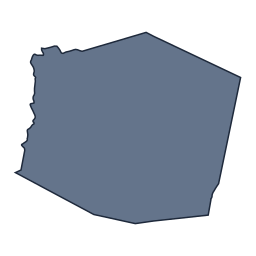 San Isidro, Choluteca, Honduras
{"feature_id": "27666195B38345308058924", "entity_name": "San Isidro", "entity_type": "district", "adm_level": 2, "iso_a3": "HND", "parent_name": "Honduras", "parent_adm1": "Choluteca", "projection": "orthographic", "projection_center": [-87.295, 13.646], "detail": "fine", "context": "isolated", "style": "filled", "palette": "slate", "viewbox_px": 256, "rotation_deg": 0, "n_neighbors": 0, "source": "geoboundaries", "source_scale": "gbopen_adm2", "svg_char_len": 4458}
<svg xmlns="http://www.w3.org/2000/svg" viewBox="0 0 256 256"><path d="M208.2,215.1L210.9,199.9L210.8,199.6L210.8,199.4L210.8,199.1L210.9,198.8L211.0,198.8L211.0,198.6L211.2,198.4L211.4,198.2L211.5,198.0L211.5,197.9L211.7,197.6L211.8,197.4L211.8,197.2L211.9,196.9L212.0,196.7L212.0,196.1L212.1,195.3L212.1,195.2L212.1,194.9L212.3,194.4L212.4,193.9L212.6,193.5L212.7,193.2L212.8,192.9L213.0,192.5L213.2,192.1L213.5,191.7L214.1,190.7L214.3,190.4L215.0,189.2L215.5,188.3L215.9,187.7L216.1,187.4L216.4,186.9L218.6,183.6L240.6,77.5L153.8,36.4L146.1,32.4L82.1,51.3L79.6,50.6L77.7,49.8L75.6,49.4L73.8,49.8L71.9,50.5L69.2,51.3L66.0,52.0L63.0,53.4L61.4,53.0L60.6,51.6L59.9,50.1L58.5,48.1L56.9,46.2L54.4,46.1L50.9,47.2L48.2,47.9L44.9,48.7L41.6,48.2L41.6,48.5L41.6,48.8L41.6,49.1L41.6,49.4L41.6,49.7L41.7,50.0L41.8,50.2L41.8,50.4L41.9,50.6L42.0,50.8L42.5,51.8L42.8,52.3L43.1,52.8L43.3,53.1L43.4,53.3L43.4,53.7L43.5,54.1L43.5,54.4L43.5,54.5L43.4,54.7L43.4,54.9L43.3,55.0L43.2,55.3L42.9,55.4L42.7,55.3L42.4,55.3L42.2,55.2L41.2,55.3L40.9,55.2L40.6,55.2L40.3,55.2L40.0,55.2L39.8,55.2L39.6,55.2L39.2,55.2L38.7,55.3L38.2,55.3L37.6,55.3L37.4,55.3L37.1,55.2L36.7,55.1L36.0,54.8L35.8,54.7L35.6,54.6L35.3,54.4L35.0,54.3L34.8,54.2L34.7,54.2L34.4,54.3L34.1,54.4L34.0,54.5L33.9,54.5L33.7,54.7L33.5,54.9L33.3,55.1L33.2,55.3L33.0,55.6L32.8,55.9L32.7,56.2L32.5,56.5L32.4,56.8L32.3,57.0L32.2,57.2L32.1,57.6L32.0,57.8L31.8,58.5L31.7,58.8L31.6,59.1L31.5,59.6L31.4,59.9L31.3,60.2L31.1,60.4L30.9,60.8L30.8,61.0L30.7,61.3L30.6,61.6L30.6,61.8L30.6,62.1L30.6,62.3L30.6,62.5L30.7,62.8L30.8,63.0L31.4,64.1L32.5,65.8L32.8,66.3L33.2,67.0L33.4,67.2L33.4,67.4L33.5,67.7L33.6,68.0L33.8,68.4L33.9,69.0L34.0,69.4L34.1,69.7L34.2,70.1L34.2,70.4L34.2,70.7L34.2,71.1L34.2,71.4L34.2,71.6L34.2,71.8L34.1,72.1L33.9,72.6L33.8,73.0L33.7,73.5L33.6,73.8L33.6,74.1L33.6,74.3L33.6,74.5L33.6,74.8L33.7,75.0L33.8,75.2L34.0,75.5L34.4,76.0L34.6,76.2L34.7,76.3L35.0,76.6L35.2,76.8L35.4,77.0L35.5,77.2L35.5,77.3L35.6,77.5L35.5,77.8L35.5,78.0L35.4,78.3L35.2,78.6L35.1,78.8L35.2,79.4L35.2,79.7L35.3,80.3L35.3,81.0L35.3,81.4L35.3,81.7L35.3,82.0L35.2,82.4L35.0,84.1L34.8,86.1L34.6,87.2L34.6,87.9L34.5,88.5L34.5,88.8L34.5,89.3L34.5,90.5L34.5,90.9L34.5,91.2L34.6,92.1L34.6,92.5L34.6,93.0L34.6,93.3L34.6,93.5L34.4,94.1L34.3,94.5L34.1,94.9L34.1,95.1L34.0,95.3L33.8,95.5L33.7,95.7L33.5,96.0L33.4,96.2L33.3,96.4L33.3,96.7L33.2,97.0L33.1,97.5L33.1,97.9L33.1,98.1L33.1,98.4L33.1,98.7L33.2,98.9L33.2,99.2L33.3,99.4L33.3,99.6L33.4,99.8L33.5,100.1L33.6,100.4L33.7,100.5L33.8,100.7L33.8,100.8L33.9,101.0L33.9,101.4L34.0,101.7L34.0,101.9L34.0,102.1L34.0,102.4L34.0,102.7L33.9,102.8L33.9,103.0L33.7,103.1L33.2,103.2L32.4,103.4L31.3,103.6L31.1,103.7L30.9,103.7L30.8,103.8L30.6,103.9L30.4,104.0L30.3,104.3L30.2,104.5L30.3,104.8L30.3,105.0L30.4,105.3L30.4,105.5L30.5,105.7L30.8,106.4L31.1,107.1L31.3,107.7L32.4,109.8L32.9,110.8L33.4,111.9L33.9,113.1L34.5,114.3L34.7,114.7L34.8,115.1L35.0,115.6L35.1,116.0L35.2,116.4L35.2,116.7L35.2,117.0L35.2,117.4L35.2,117.5L35.1,117.8L35.0,118.0L34.9,118.2L34.8,118.4L34.7,118.5L34.4,119.0L34.1,119.4L34.0,119.5L33.9,119.6L33.6,119.9L33.5,120.0L33.3,120.2L33.2,120.4L33.1,120.5L33.0,120.8L33.0,121.1L33.0,121.4L33.0,121.5L33.1,121.8L33.3,122.0L33.5,122.1L33.7,122.3L33.8,122.4L33.8,122.5L33.9,122.8L34.0,123.1L34.0,123.4L34.0,123.5L33.9,123.8L33.8,124.0L33.7,124.0L33.4,124.2L33.2,124.3L32.9,124.5L32.6,124.7L32.3,125.0L32.0,125.3L31.8,125.6L31.6,125.9L31.4,126.2L31.2,126.5L31.0,126.8L30.9,127.0L30.7,127.3L30.5,127.5L30.3,127.7L29.8,128.1L29.5,128.4L29.3,128.5L29.1,128.7L28.9,128.8L28.6,129.0L28.3,129.1L28.1,129.3L27.8,129.5L27.7,129.6L27.6,129.8L27.4,130.0L27.3,130.3L27.3,130.5L27.3,131.0L27.4,131.8L27.5,132.4L27.7,133.8L27.7,134.1L27.8,134.3L27.8,134.6L27.8,135.3L27.7,135.8L27.7,136.3L27.6,136.7L27.6,137.0L27.5,137.5L27.4,138.0L27.3,138.3L27.2,138.5L27.2,138.9L27.3,139.0L27.3,139.3L27.3,139.6L27.3,139.8L27.3,140.0L27.2,140.2L27.1,140.4L27.0,140.5L26.9,140.7L26.8,140.8L26.7,141.0L25.9,141.7L25.4,142.0L25.2,142.2L24.7,142.5L24.2,142.8L23.8,143.1L23.1,143.6L22.4,144.1L22.1,144.3L21.8,144.4L21.8,144.5L21.7,144.5L21.6,144.9L21.7,145.1L21.7,145.3L21.8,145.4L21.9,145.6L22.0,145.7L22.3,146.0L22.8,146.6L23.0,146.8L23.4,147.2L23.7,147.4L23.8,147.5L24.1,147.8L24.2,148.0L24.3,148.2L24.4,148.3L24.5,148.5L24.5,148.8L24.6,149.3L24.7,149.7L24.7,150.0L24.7,150.3L24.7,150.7L21.0,170.0L15.4,172.6L93.8,214.5L135.3,223.6L153.5,221.0L208.2,215.1Z" fill="#64748b" stroke="#1e293b" stroke-width="1.5"/></svg>